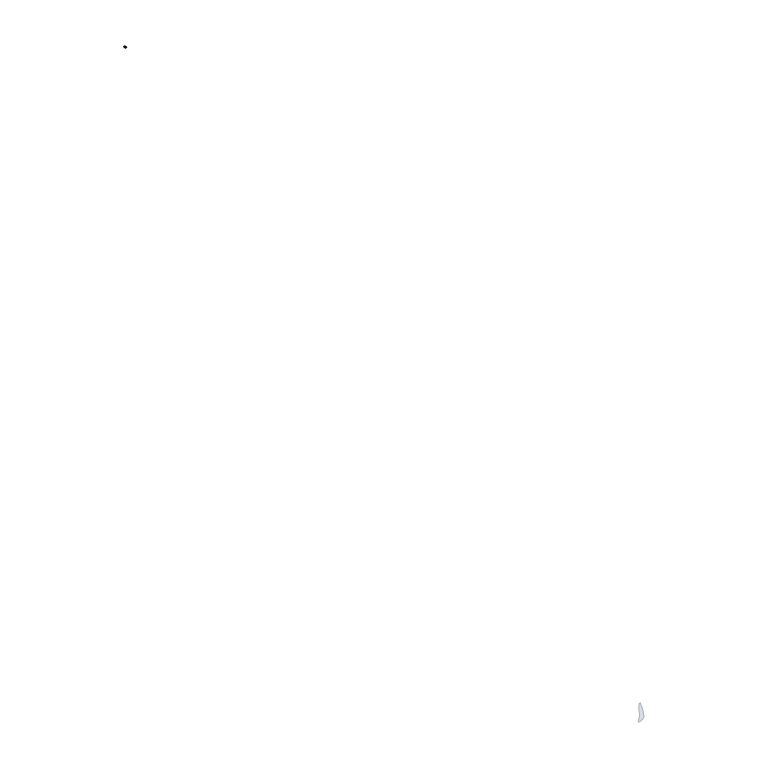 Teava, Tuvalu shown in context
{"feature_id": "33948139B9471758072571", "entity_name": "Teava", "entity_type": "district", "adm_level": 2, "iso_a3": "TUV", "parent_name": "Tuvalu", "parent_adm1": "", "projection": "mercator", "projection_center": [177.337, -6.111], "detail": "fine", "context": "in_parent", "style": "filled", "palette": "ink", "viewbox_px": 768, "rotation_deg": 0, "n_neighbors": 0, "source": "geoboundaries", "source_scale": "gbopen_adm2", "svg_char_len": 567}
<svg xmlns="http://www.w3.org/2000/svg" viewBox="0 0 768 768"><path d="M643.1,718.9L639.5,721.9L638.2,721.9L639.6,715.5L638.8,709.0L639.0,703.8L640.2,702.8L642.6,708.8L644.0,716.3L643.1,718.9Z" fill="#d9dde1" stroke="#a8b0b8" stroke-width="1"/><path d="M124.0,46.8L124.1,47.0L124.4,47.1L124.5,47.3L124.8,47.5L125.0,47.7L125.2,47.8L125.3,47.9L125.5,48.0L126.4,47.1L126.2,46.9L125.9,46.7L125.7,46.6L125.3,46.3L125.2,46.3L124.9,46.3L124.9,46.2L124.6,46.2L124.6,46.3L124.4,46.4L124.5,46.5L124.4,46.6L124.0,46.8Z" fill="#0f172a" stroke="#020617" stroke-width="1.5"/></svg>